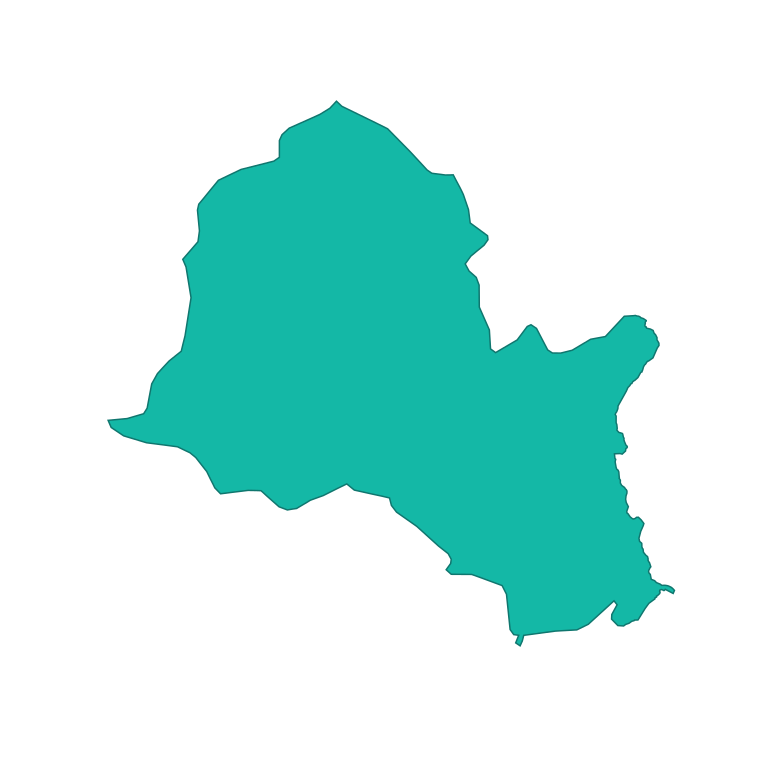 outline of Cavnic, Maramures, Romania, rotated 258°
{"feature_id": "2599482B81907066395541", "entity_name": "Cavnic", "entity_type": "district", "adm_level": 2, "iso_a3": "ROU", "parent_name": "Romania", "parent_adm1": "Maramures", "projection": "orthographic", "projection_center": [23.847, 47.662], "detail": "fine", "context": "isolated", "style": "filled", "palette": "teal", "viewbox_px": 768, "rotation_deg": 258, "n_neighbors": 0, "source": "geoboundaries", "source_scale": "gbopen_adm2", "svg_char_len": 4006}
<svg xmlns="http://www.w3.org/2000/svg" viewBox="0 0 768 768"><g transform="rotate(258 384 384)"><path d="M605.3,458.2L632.9,440.6L640.7,430.8L664.4,400.5L670.5,396.3L665.0,388.4L661.1,377.5L658.5,365.7L654.0,344.5L649.1,336.1L643.9,332.3L627.5,328.8L624.9,322.6L623.6,288.8L617.7,264.4L610.7,255.6L602.1,244.9L598.4,240.2L592.9,237.7L572.1,235.3L561.8,231.6L547.8,213.1L539.6,214.7L508.5,213.2L472.5,199.4L464.7,195.6L458.2,192.5L455.7,187.5L451.2,178.6L445.6,170.6L441.3,164.6L432.4,156.8L409.6,147.3L404.9,142.7L403.6,125.6L405.8,106.6L398.2,108.1L387.4,118.6L375.9,139.5L370.0,156.4L365.5,169.0L359.9,176.2L357.1,179.9L351.2,184.6L337.9,191.1L335.3,192.4L332.1,193.2L327.3,194.4L321.3,196.0L317.6,196.9L310.6,201.3L310.1,207.0L309.6,213.3L309.1,218.7L308.6,224.5L308.2,229.0L308.0,229.8L307.2,233.3L306.0,238.4L305.2,241.5L303.5,242.8L299.1,245.9L285.7,255.8L280.9,263.3L280.7,268.4L280.4,272.7L280.8,273.7L284.4,284.4L285.6,287.7L286.2,291.9L287.5,301.4L289.3,308.3L291.6,317.1L294.0,326.8L286.4,332.9L279.0,349.1L274.7,358.7L271.4,365.7L263.7,366.0L256.1,369.6L238.0,386.4L214.2,403.6L204.7,411.5L198.6,413.3L194.6,411.9L189.4,406.2L183.9,410.2L179.5,430.2L174.3,438.6L162.3,457.6L152.9,460.1L117.6,456.3L111.9,458.8L110.2,463.5L103.4,459.0L99.6,462.7L103.8,465.8L106.4,467.1L109.1,468.4L106.7,500.0L105.9,505.4L103.4,521.5L106.5,533.9L124.1,563.9L119.6,566.1L111.2,558.9L106.7,557.7L102.9,560.1L99.1,562.5L97.5,568.1L98.6,570.5L99.0,573.9L100.4,577.1L100.5,579.4L101.0,579.8L100.4,583.4L105.2,588.0L110.1,592.7L114.4,597.5L117.5,604.3L118.3,604.4L118.7,605.4L119.0,606.3L119.9,606.5L120.1,607.5L121.7,610.1L123.0,610.8L123.5,610.4L125.0,610.9L125.3,612.5L124.6,613.9L124.0,614.3L123.9,614.8L123.8,615.3L124.7,616.4L119.0,623.3L121.7,625.2L123.3,624.3L124.6,623.4L125.5,622.6L127.2,620.4L127.9,619.1L128.7,617.0L129.3,613.8L130.7,612.7L133.1,609.2L135.4,607.8L137.4,604.8L142.4,604.9L144.1,603.9L145.4,603.8L146.6,604.2L148.9,606.0L149.7,607.0L154.3,606.5L155.0,606.0L156.8,605.6L158.0,606.0L160.4,605.9L162.1,604.5L165.5,602.8L168.7,603.1L169.4,602.6L170.3,602.5L171.2,602.4L174.3,603.0L174.8,602.9L176.9,601.3L180.1,601.3L186.5,604.5L191.5,608.1L193.5,609.2L197.6,607.3L200.8,605.1L201.1,603.2L200.3,601.9L200.1,600.1L200.5,599.1L202.8,597.2L206.4,595.7L207.5,594.8L209.0,595.0L213.2,597.5L217.8,596.3L221.0,596.4L224.3,597.5L226.7,598.9L228.8,599.4L230.3,599.0L231.2,598.3L232.7,597.8L235.4,595.4L238.0,594.6L240.8,595.2L243.0,594.4L243.3,594.7L244.5,594.8L249.2,595.4L251.1,595.0L252.1,594.0L254.2,593.7L259.8,593.9L262.2,595.0L263.1,594.4L267.8,594.9L266.9,600.4L265.9,602.4L268.2,606.3L270.6,607.2L271.1,608.5L271.8,608.9L272.6,608.9L273.8,608.0L277.9,607.2L279.7,607.1L281.0,607.5L282.4,607.1L285.5,607.1L286.2,606.7L287.9,603.6L290.4,602.2L292.1,602.9L295.8,603.3L297.9,603.0L304.4,604.4L306.1,603.8L307.7,604.9L308.4,605.8L311.2,607.6L313.9,608.4L326.7,619.6L329.8,621.8L331.4,624.2L332.7,625.3L333.0,626.6L334.3,627.5L335.2,629.2L335.3,629.9L337.5,633.7L341.9,637.5L342.3,639.0L343.1,639.1L343.7,639.8L346.8,641.4L348.4,642.8L349.1,644.0L350.6,645.4L351.4,646.5L351.5,647.6L353.6,652.5L362.4,658.8L364.5,661.0L366.8,661.4L370.5,660.2L372.6,660.7L376.0,659.8L376.7,659.2L377.8,658.7L380.4,658.4L382.3,656.1L384.0,652.5L385.5,652.2L385.5,651.8L386.2,651.4L387.3,651.4L388.9,652.2L389.7,652.2L390.6,652.8L391.0,653.5L391.6,653.7L394.0,651.4L395.5,648.9L396.0,648.7L396.4,648.4L397.3,647.3L398.0,645.4L398.8,644.1L399.0,641.5L399.1,641.2L400.3,633.1L384.4,610.4L384.8,595.4L377.9,575.1L377.5,563.3L379.3,555.2L383.3,551.2L406.7,544.7L411.4,540.1L410.5,536.1L399.4,523.4L391.5,499.7L396.2,495.5L415.0,498.3L439.4,493.2L461.0,497.6L464.8,497.0L469.1,496.4L476.8,490.7L484.6,488.4L491.0,495.5L494.6,502.3L499.0,510.8L503.5,515.7L507.5,516.1L523.6,501.8L537.0,502.9L552.8,501.0L555.8,500.3L559.7,499.3L568.4,496.8L574.2,495.2L574.9,491.3L575.7,487.4L576.2,486.0L577.0,483.8L579.3,477.1L580.2,474.6L584.3,470.7L596.1,463.7L605.3,458.2Z" fill="#14b8a6" stroke="#0f766e" stroke-width="1.5"/></g></svg>